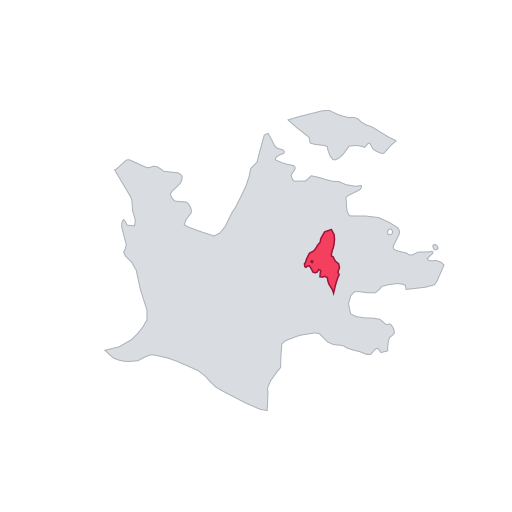 where Goranboy sits in Azerbaijan, rotated 152°
{"feature_id": "AZE-1681", "entity_name": "Goranboy", "entity_type": "District", "adm_level": 1, "iso_a3": "AZE", "parent_name": "Azerbaijan", "parent_adm1": "", "projection": "equal_earth", "projection_center": [46.693, 40.614], "detail": "fine", "context": "in_parent", "style": "filled", "palette": "rose", "viewbox_px": 512, "rotation_deg": 152, "n_neighbors": 0, "source": "natural_earth", "source_scale": "10m", "svg_char_len": 4340}
<svg xmlns="http://www.w3.org/2000/svg" viewBox="0 0 512 512"><g transform="rotate(152 256 256)"><path d="M340.4,398.5L338.5,398.3L325.4,401.6L322.7,400.5L311.3,385.7L309.0,384.1L304.1,383.4L301.3,381.0L298.9,377.0L297.6,374.1L285.9,366.1L284.2,363.2L283.9,360.6L285.6,358.3L287.6,356.3L293.2,354.3L299.8,352.6L301.9,351.4L303.0,349.3L302.9,345.8L301.8,342.5L292.3,336.4L291.2,333.8L290.9,330.6L291.4,327.2L292.9,324.6L300.6,321.0L304.7,317.3L302.1,313.2L293.7,303.8L283.7,293.4L277.1,293.3L269.5,296.4L257.4,305.2L250.7,309.0L241.9,315.2L232.4,322.2L224.6,329.6L219.7,335.7L211.0,338.4L206.5,343.5L191.9,358.9L187.8,358.7L187.6,351.1L187.8,345.0L186.9,341.5L182.2,336.7L182.1,334.7L183.4,333.4L187.0,334.2L191.6,333.9L193.9,332.0L188.9,325.7L184.5,321.5L180.7,318.7L179.9,317.0L179.9,315.8L180.7,314.4L187.1,310.9L187.7,307.8L187.3,304.2L177.1,299.0L169.5,300.9L162.7,295.1L158.3,290.5L152.9,285.7L148.0,283.0L143.3,276.9L135.2,270.7L130.0,268.9L130.1,267.9L131.1,266.8L133.3,265.8L147.7,266.1L149.5,264.9L150.4,262.2L152.4,258.3L154.7,252.4L154.6,247.5L140.1,239.6L129.6,232.3L122.3,222.7L117.4,213.9L117.6,210.9L119.1,208.2L130.4,200.1L131.1,198.0L130.9,196.6L126.9,192.4L121.9,188.2L120.3,185.1L117.2,183.5L111.2,183.4L100.6,178.1L98.4,177.6L97.9,176.6L98.4,175.5L106.0,173.4L105.9,171.7L103.6,169.4L99.4,167.7L95.5,163.6L94.2,159.8L107.9,148.9L111.9,146.8L120.8,148.8L139.2,156.0L137.9,160.0L139.8,162.3L144.0,165.3L152.2,168.4L159.0,170.1L162.5,168.7L167.8,167.5L174.7,171.1L181.1,175.7L184.2,177.5L185.9,178.1L190.8,176.6L196.6,170.7L198.8,163.6L199.5,160.2L196.1,155.5L189.2,150.4L181.4,145.9L176.4,142.0L173.2,134.2L170.0,133.3L169.2,132.3L168.7,129.7L168.8,126.0L169.9,123.1L173.1,121.9L176.2,121.4L179.1,118.7L182.7,113.4L184.3,110.4L191.0,112.1L191.9,116.9L193.1,117.9L195.9,117.3L200.6,115.3L204.3,116.9L209.1,122.6L215.7,128.6L219.3,132.6L220.7,135.4L224.1,138.1L229.1,141.3L233.0,146.3L236.6,157.8L240.1,160.5L253.0,164.9L257.4,165.9L270.0,167.4L274.4,166.3L280.8,156.3L286.6,146.0L292.0,143.8L301.8,138.9L307.6,134.2L310.0,129.1L315.5,119.6L318.8,114.3L324.6,119.0L334.8,131.9L349.3,153.0L352.9,158.9L355.3,165.9L357.4,174.3L360.7,181.7L375.5,200.5L381.9,207.4L392.3,216.4L396.0,218.4L400.8,218.9L409.5,219.0L417.7,222.5L421.8,225.0L426.0,228.5L429.8,232.7L433.7,243.7L419.6,240.1L405.3,240.6L397.3,243.0L389.6,246.2L382.2,250.8L377.6,259.7L373.9,280.4L368.4,299.8L368.7,308.7L371.3,317.4L371.1,321.5L368.5,323.2L365.2,326.9L361.0,344.7L358.8,348.3L356.0,350.5L355.2,348.4L355.3,343.7L349.0,339.6L345.8,344.2L343.6,354.1L339.1,364.4L338.9,366.4L340.4,398.5ZM128.6,215.7L129.2,213.0L127.5,211.7L125.6,211.7L123.9,213.0L123.9,216.5L126.2,217.1L128.6,215.7ZM81.3,296.2L79.2,293.4L78.3,291.8L84.6,290.5L95.1,286.6L97.9,288.5L100.9,292.4L102.4,295.7L102.7,301.9L103.9,302.9L109.0,300.8L111.3,303.3L115.2,306.3L122.0,309.3L131.8,304.7L136.7,303.5L140.7,303.6L142.9,305.0L143.6,309.8L142.8,315.8L141.7,319.0L143.7,321.4L151.8,327.1L155.1,330.3L153.4,335.9L159.4,349.4L161.4,354.6L163.8,361.1L151.4,358.6L129.3,353.1L123.2,350.3L117.5,342.8L114.1,339.1L109.0,334.5L104.9,332.7L101.7,329.5L100.0,324.6L97.4,320.3L92.8,315.3L82.7,298.0L81.3,296.2ZM95.4,181.6L94.0,182.6L91.9,181.6L91.3,179.5L91.5,177.3L93.6,176.8L95.3,177.4L95.7,179.4L95.4,181.6Z" fill="#d9dde1" stroke="#a8b0b8" stroke-width="1"/><path d="M204.9,233.4L204.5,233.4L202.6,233.4L199.5,234.8L196.4,236.7L194.0,237.6L193.3,237.9L192.9,238.0L192.0,239.2L191.1,240.4L190.7,240.9L184.1,245.1L179.5,244.4L179.4,244.4L177.0,244.0L177.0,238.2L179.0,233.5L180.4,231.7L181.6,229.7L183.7,227.2L186.0,225.1L187.5,223.4L188.9,221.8L189.3,220.3L188.3,219.2L188.4,214.3L186.7,210.3L187.8,206.4L190.4,204.1L191.5,202.9L191.2,201.2L191.7,200.0L193.0,199.3L196.2,196.3L199.4,193.1L202.2,189.9L205.0,186.7L204.4,190.0L204.6,193.3L204.8,196.8L204.3,200.1L203.2,203.3L204.7,205.7L207.2,206.1L209.3,207.6L207.7,210.1L205.8,212.8L206.9,214.6L209.5,213.1L211.6,213.3L213.3,215.1L213.2,218.6L213.5,222.3L215.3,222.8L217.3,222.6L217.8,223.3L217.6,224.6L216.9,226.4L215.4,227.0L213.9,228.5L212.5,229.9L211.2,230.7L210.0,231.6L208.7,232.6L208.1,232.9L207.4,233.4L205.0,233.4L204.9,233.4ZM208.9,225.7L209.5,225.7L210.1,225.3L210.1,224.8L210.1,224.5L209.8,224.1L209.3,223.7L208.9,224.0L208.6,224.5L208.3,224.8L208.5,225.3L208.9,225.7Z" fill="#f43f5e" stroke="#9f1239" stroke-width="1.5"/></g></svg>